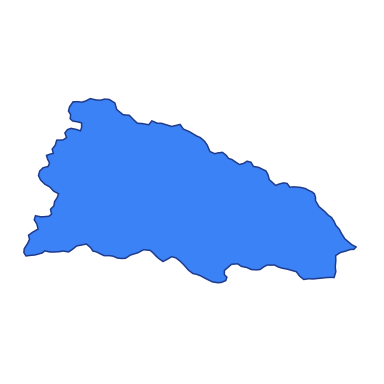 Magda, São Paulo, Brazil, rotated 272°
{"feature_id": "56859067B8707426341573", "entity_name": "Magda", "entity_type": "district", "adm_level": 2, "iso_a3": "BRA", "parent_name": "Brazil", "parent_adm1": "São Paulo", "projection": "orthographic", "projection_center": [-50.232, -20.61], "detail": "fine", "context": "isolated", "style": "filled", "palette": "blue", "viewbox_px": 384, "rotation_deg": 272, "n_neighbors": 0, "source": "geoboundaries", "source_scale": "gbopen_adm2", "svg_char_len": 2531}
<svg xmlns="http://www.w3.org/2000/svg" viewBox="0 0 384 384"><g transform="rotate(272 192 192)"><path d="M281.8,87.1L279.3,82.7L277.9,78.6L278.3,75.0L278.0,70.0L272.9,66.7L268.6,65.7L265.1,68.0L261.0,67.7L258.8,70.2L258.0,75.9L257.1,79.3L252.6,79.4L249.2,78.4L250.5,74.1L251.4,68.9L250.0,65.4L246.6,62.9L242.0,64.7L239.5,61.3L239.1,55.0L234.0,53.7L230.0,50.8L225.8,52.0L224.8,48.7L223.5,45.3L219.6,46.6L216.0,48.6L212.5,47.3L211.0,42.3L207.7,39.1L203.1,38.0L198.8,40.2L194.7,44.6L192.1,49.7L188.0,53.7L185.6,58.7L181.5,57.4L177.7,55.0L173.4,54.5L169.8,51.2L165.0,52.4L162.8,49.9L162.2,45.5L161.9,41.8L162.8,36.4L158.7,35.3L154.7,38.0L149.6,39.5L146.2,34.0L143.1,30.1L139.1,31.3L135.0,29.6L132.3,28.0L129.4,26.3L125.6,26.1L122.3,28.3L123.0,32.5L123.6,37.3L125.8,44.4L128.0,47.0L127.1,52.0L127.3,57.1L127.7,61.4L128.5,65.1L127.8,70.8L130.9,75.0L134.0,78.5L134.9,82.3L136.3,88.3L132.9,92.6L129.5,95.0L128.9,98.4L126.8,102.9L125.3,106.4L125.5,111.8L125.1,115.4L123.4,119.8L123.1,123.8L123.4,127.8L126.8,132.6L129.4,140.1L132.6,145.6L132.2,152.2L130.2,154.8L126.9,158.1L124.4,161.1L121.5,165.4L124.1,170.0L126.7,174.0L125.5,178.4L122.4,182.6L119.1,186.2L113.8,191.2L110.6,195.6L109.9,199.4L108.5,203.6L106.1,208.4L102.9,215.5L102.2,221.2L102.7,224.7L104.7,228.9L108.1,229.8L110.6,227.2L114.7,227.1L121.2,234.1L121.8,240.2L119.4,243.9L118.4,249.6L116.6,253.8L116.4,258.7L116.9,262.7L119.6,266.2L121.6,269.5L121.7,273.4L121.9,277.0L120.0,281.0L119.0,284.8L118.2,290.0L117.1,294.3L116.0,299.0L111.6,302.6L108.5,306.7L109.4,311.9L109.3,315.9L111.1,328.8L111.5,333.1L111.5,337.0L117.3,338.5L122.1,337.8L128.3,338.1L133.5,337.8L136.7,342.4L138.2,347.3L140.1,352.4L140.3,355.7L142.8,357.9L144.9,353.5L150.5,346.4L155.6,342.9L159.9,340.5L163.5,337.0L167.9,334.8L171.4,332.3L173.3,329.3L177.3,325.1L181.8,319.4L184.8,317.5L187.5,315.8L191.0,315.6L194.4,314.4L196.4,311.8L197.6,308.7L199.4,305.2L200.4,300.2L200.7,293.5L200.2,289.7L203.9,286.7L204.3,283.1L202.9,278.5L201.5,275.4L204.8,271.5L207.0,268.8L212.0,267.3L215.6,265.2L219.0,257.6L219.7,252.5L223.8,249.9L224.7,245.9L222.5,242.8L221.1,238.4L224.1,233.6L225.9,230.7L226.9,227.2L229.8,225.0L232.7,221.0L232.0,216.7L231.1,213.3L233.1,208.5L239.3,205.6L243.2,202.7L246.6,198.5L248.3,194.3L252.1,187.5L254.6,181.1L259.1,177.8L256.8,169.4L259.6,159.0L259.5,155.0L261.7,149.4L257.7,146.5L258.7,139.5L258.8,135.0L262.3,131.0L266.5,126.6L266.8,120.4L271.8,113.9L278.3,111.8L281.6,106.1L281.8,101.3L280.6,97.7L280.6,93.1L281.8,87.1Z" fill="#3b82f6" stroke="#1e3a8a" stroke-width="1.5"/></g></svg>